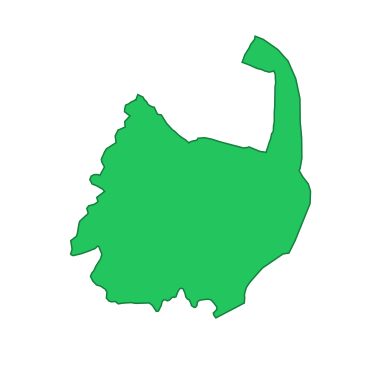 the district of Katsina-Ala, Benue, Nigeria, rotated 341°
{"feature_id": "59680162B67606782034303", "entity_name": "Katsina-Ala", "entity_type": "district", "adm_level": 2, "iso_a3": "NGA", "parent_name": "Nigeria", "parent_adm1": "Benue", "projection": "mercator", "projection_center": [9.542, 7.289], "detail": "fine", "context": "isolated", "style": "filled", "palette": "green", "viewbox_px": 384, "rotation_deg": 341, "n_neighbors": 0, "source": "geoboundaries", "source_scale": "gbopen_adm2", "svg_char_len": 2564}
<svg xmlns="http://www.w3.org/2000/svg" viewBox="0 0 384 384"><g transform="rotate(341 192 192)"><path d="M302.4,65.2L300.9,68.0L295.5,71.6L293.0,74.3L286.7,79.4L281.6,85.7L287.2,90.2L293.4,96.1L298.0,99.1L300.2,101.3L304.0,103.8L307.4,104.2L308.8,104.0L309.0,108.2L307.8,111.6L306.8,115.7L304.8,119.5L298.0,138.3L296.0,142.7L292.6,152.5L290.6,156.0L288.6,161.1L286.3,162.8L283.5,167.5L281.1,170.3L278.1,174.5L276.1,176.9L275.1,178.6L269.6,175.9L260.5,167.9L259.4,168.0L255.1,167.2L235.3,154.0L227.6,148.3L221.8,144.9L215.2,143.1L213.4,144.6L209.1,144.0L206.3,144.0L205.1,144.7L202.8,140.5L200.2,137.3L197.8,133.7L195.5,129.1L193.8,126.9L190.3,118.8L188.1,109.1L184.7,107.3L183.9,99.5L182.4,98.7L180.7,97.2L179.9,96.2L179.0,95.0L178.3,91.4L176.8,88.7L176.9,88.0L176.6,86.4L172.5,82.2L168.8,86.8L168.4,86.4L165.7,87.0L164.3,86.9L161.0,88.0L157.5,88.3L155.6,91.3L154.3,94.1L158.1,99.9L151.4,103.4L149.9,108.8L142.2,109.4L140.4,111.2L138.6,113.0L137.6,114.0L136.3,120.6L125.2,123.3L122.7,125.3L116.9,131.5L116.5,134.2L116.9,137.2L117.4,139.8L110.2,146.4L108.8,144.9L105.2,143.7L101.8,144.2L99.4,147.0L100.2,152.0L103.5,154.7L108.4,160.2L109.5,163.0L100.1,166.1L100.0,170.4L97.1,171.5L94.9,171.8L89.8,171.4L87.2,173.3L86.9,178.3L85.4,179.3L84.3,179.6L76.3,183.1L74.7,185.4L70.3,193.5L68.4,196.2L61.5,198.5L60.0,207.1L57.0,211.2L57.3,212.0L59.0,213.5L67.4,214.3L77.1,214.2L78.3,214.0L81.5,214.0L83.5,213.3L84.8,212.4L86.1,213.1L86.5,221.5L83.8,225.4L76.9,230.9L73.7,234.4L71.1,235.9L68.5,238.7L69.3,244.1L71.5,248.8L75.1,251.4L78.3,255.7L79.0,259.0L76.5,264.4L78.0,268.1L80.2,269.7L83.8,270.5L85.2,272.8L86.0,273.8L89.8,274.4L93.6,275.4L98.5,276.8L102.4,278.9L115.5,283.0L117.7,286.5L119.4,293.3L121.6,293.6L125.9,289.3L128.1,285.9L129.8,284.9L131.5,285.0L133.3,286.9L135.4,286.9L139.0,285.1L141.1,285.9L142.8,285.8L145.8,282.0L148.6,279.6L150.1,279.4L152.0,280.5L152.4,285.3L152.0,289.4L153.0,292.0L154.2,292.9L154.7,297.1L154.5,299.2L156.5,301.9L157.9,302.1L159.7,301.0L161.2,297.9L163.7,296.8L166.9,297.3L168.8,297.8L172.1,298.4L174.7,300.1L176.2,303.2L178.0,308.7L177.4,311.1L172.7,313.4L172.6,315.7L173.6,318.8L205.3,314.0L207.4,309.2L208.0,306.5L209.2,304.4L212.2,300.1L216.4,296.8L223.0,292.9L233.9,286.8L257.9,280.2L263.7,281.3L273.7,271.5L299.6,241.7L299.9,241.3L304.3,229.9L304.6,222.3L303.1,217.9L301.8,214.2L301.1,210.9L300.3,206.4L301.7,205.3L305.9,197.6L306.9,195.8L313.3,176.5L317.2,160.6L324.5,138.8L327.0,118.6L325.4,99.1L325.0,98.3L323.6,95.1L319.6,85.4L309.0,70.8L306.6,68.8L302.4,65.2Z" fill="#22c55e" stroke="#15803d" stroke-width="1.5"/></g></svg>